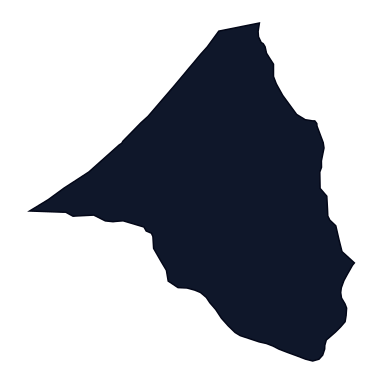 Yumbi, Bandundu, Democratic Republic of the Congo (orthographic projection)
{"feature_id": "63176286B53648445078824", "entity_name": "Yumbi", "entity_type": "district", "adm_level": 2, "iso_a3": "COD", "parent_name": "Democratic Republic of the Congo", "parent_adm1": "Bandundu", "projection": "orthographic", "projection_center": [16.525, -2.097], "detail": "fine", "context": "isolated", "style": "filled", "palette": "ink", "viewbox_px": 384, "rotation_deg": 0, "n_neighbors": 0, "source": "geoboundaries", "source_scale": "gbopen_adm2", "svg_char_len": 1604}
<svg xmlns="http://www.w3.org/2000/svg" viewBox="0 0 384 384"><path d="M168.2,281.1L178.0,287.6L187.0,288.0L194.7,290.1L200.5,292.5L206.3,297.4L209.9,302.8L215.7,309.5L221.5,318.3L228.2,325.8L235.1,332.5L240.2,335.6L245.0,337.2L252.9,339.8L259.2,341.9L266.4,343.5L272.9,346.0L279.1,349.2L288.0,352.6L296.5,355.7L305.4,359.1L312.7,361.0L319.0,359.2L322.7,355.1L324.7,349.0L324.8,345.4L326.3,340.0L330.5,336.4L335.4,332.1L340.7,326.8L345.1,321.7L346.1,315.5L346.6,308.1L345.0,303.9L341.5,298.0L340.7,292.6L341.3,287.8L343.9,280.6L347.1,274.7L352.5,265.2L354.4,262.9L342.0,251.6L339.0,239.7L335.8,225.8L333.1,223.2L329.8,220.1L327.8,216.0L327.5,209.0L326.8,196.2L320.1,188.4L319.8,172.0L321.5,167.3L321.4,160.9L324.0,148.0L323.2,142.6L317.0,126.1L316.8,123.5L314.8,120.9L312.8,120.9L309.2,120.3L307.2,120.0L305.2,119.7L303.5,118.6L300.0,116.5L296.6,114.4L282.7,95.4L277.2,85.5L276.2,83.6L273.5,76.5L273.5,64.2L269.5,58.0L266.5,53.2L265.1,46.8L263.8,44.6L263.1,43.6L261.2,42.5L258.5,36.8L258.1,31.5L259.4,23.0L252.4,24.4L218.8,31.1L207.2,47.0L200.7,54.2L197.7,57.8L192.2,64.4L189.2,67.9L185.4,72.5L173.1,87.2L171.7,88.8L170.4,90.3L167.5,93.7L164.3,97.4L148.0,116.4L140.8,122.9L123.0,141.1L121.7,143.3L119.5,144.7L119.2,144.9L88.8,172.0L72.2,182.8L64.3,187.9L48.3,199.6L29.6,211.0L63.6,212.2L65.7,212.2L73.0,216.2L74.7,216.1L75.8,216.0L93.8,215.1L94.5,215.5L95.0,215.7L105.3,220.9L113.0,221.7L115.8,221.4L123.1,220.8L143.9,227.0L145.3,229.4L146.2,231.0L148.6,232.0L151.4,233.2L152.0,234.5L152.9,236.5L153.6,248.4L161.2,261.6L166.4,270.3L168.2,281.1Z" fill="#0f172a" stroke="#020617" stroke-width="1.5"/></svg>